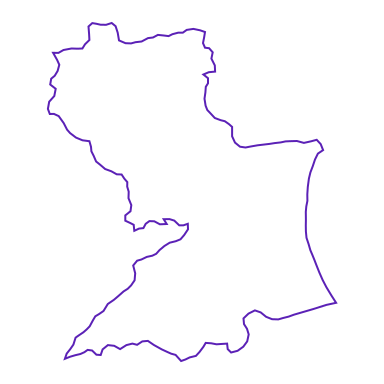 outline of Tijucas, Santa Catarina, Brazil
{"feature_id": "56859067B7676071036487", "entity_name": "Tijucas", "entity_type": "district", "adm_level": 2, "iso_a3": "BRA", "parent_name": "Brazil", "parent_adm1": "Santa Catarina", "projection": "orthographic", "projection_center": [-48.711, -27.244], "detail": "fine", "context": "isolated", "style": "outline", "palette": "violet", "viewbox_px": 384, "rotation_deg": 0, "n_neighbors": 0, "source": "geoboundaries", "source_scale": "gbopen_adm2", "svg_char_len": 2896}
<svg xmlns="http://www.w3.org/2000/svg" viewBox="0 0 384 384"><path d="M288.7,316.6L293.9,314.7L313.1,309.1L326.4,304.9L336.1,302.8L331.6,295.8L326.4,287.2L322.6,279.9L319.3,272.4L316.4,265.1L314.4,259.9L312.2,254.5L310.4,250.3L308.6,244.1L306.5,237.8L305.9,231.5L305.8,225.5L305.9,219.8L305.8,211.8L306.3,206.4L307.4,200.9L307.3,194.4L307.8,186.9L308.9,178.6L310.4,172.4L312.8,166.1L315.0,159.5L317.9,153.6L323.1,150.1L320.7,144.1L316.7,139.8L311.1,141.3L303.9,142.9L296.9,141.0L289.8,141.2L285.5,141.4L280.8,142.4L274.6,143.1L269.5,143.9L264.4,144.5L257.6,145.3L250.7,146.5L245.5,147.5L240.0,146.7L235.0,142.6L232.1,136.3L232.1,126.9L228.8,124.0L224.8,121.2L220.7,120.2L214.8,118.0L211.0,113.9L207.3,110.0L205.6,105.7L204.5,98.7L205.4,92.4L205.8,86.8L208.0,83.3L208.0,78.2L203.4,74.5L208.8,72.2L215.1,71.6L214.8,65.4L211.4,58.6L212.7,52.3L209.1,48.2L205.0,47.7L203.0,43.1L204.1,37.5L205.0,32.0L200.1,30.3L193.4,28.9L186.7,29.9L182.8,32.7L178.1,32.7L172.4,34.2L168.6,36.1L163.8,35.5L157.9,34.9L153.0,37.5L148.0,38.1L141.6,41.5L135.5,42.2L131.1,43.4L125.5,43.2L119.0,40.4L117.7,32.7L115.6,26.2L111.7,23.0L106.1,24.8L100.5,24.7L96.5,23.8L92.3,23.1L88.5,26.5L89.1,34.2L89.4,40.0L85.0,44.3L82.4,48.5L77.6,48.7L71.5,48.5L63.5,50.0L58.4,52.9L53.1,52.8L57.1,59.9L59.3,64.8L57.6,71.0L54.7,75.8L51.2,78.7L50.2,84.5L55.7,88.8L54.3,96.0L49.2,101.7L47.9,108.9L49.8,114.0L53.9,113.9L58.7,116.1L63.7,123.1L67.1,129.7L70.1,133.1L76.0,137.6L82.5,140.3L89.4,141.2L91.0,146.8L91.4,151.3L93.7,155.9L96.1,161.5L100.0,164.6L105.1,169.0L111.4,171.3L116.7,174.3L121.6,174.5L124.3,178.6L127.3,182.1L127.2,186.6L128.7,191.7L128.5,198.2L131.3,205.1L130.5,211.2L125.3,215.4L125.3,220.7L130.2,223.0L133.7,224.8L134.3,230.8L139.0,228.6L143.4,228.1L145.7,223.8L149.4,221.1L154.3,221.3L159.9,224.3L166.7,224.0L163.7,219.2L169.5,219.1L174.3,220.6L179.2,225.3L183.5,225.3L187.8,223.8L188.0,229.3L184.2,235.0L180.5,239.3L175.8,241.2L169.7,242.7L164.4,246.0L159.5,250.1L156.2,253.8L152.3,255.7L146.8,256.9L141.4,259.5L137.1,260.7L133.2,265.5L135.2,273.3L134.6,280.3L131.1,285.4L127.7,288.8L123.6,291.4L118.4,296.0L113.8,299.9L107.8,304.0L103.5,311.0L99.0,314.1L95.3,316.3L93.0,320.2L89.7,326.3L86.7,329.4L83.5,332.2L79.2,335.1L75.6,337.6L73.4,344.6L70.2,349.2L66.7,353.6L64.9,358.8L70.2,356.7L75.3,355.2L80.4,354.0L84.4,352.2L87.6,349.9L92.1,350.5L96.4,354.7L100.7,355.0L102.6,349.4L107.9,345.1L114.2,345.8L120.1,349.1L126.4,345.1L132.4,343.6L137.1,344.8L142.3,341.4L147.9,340.9L153.9,345.0L161.8,349.4L167.4,352.0L171.2,353.7L175.6,354.9L181.1,361.0L185.4,359.5L189.7,357.4L195.9,355.9L199.5,352.0L203.4,346.8L205.7,342.9L211.3,343.3L216.5,344.3L220.9,344.0L227.1,343.6L227.7,349.1L231.1,352.5L237.6,350.8L243.3,346.7L247.2,341.4L248.7,334.4L247.0,328.8L244.0,324.1L243.5,318.4L248.5,313.6L254.9,310.4L260.7,312.4L266.1,316.8L272.1,319.2L278.3,319.4L283.1,318.0L288.7,316.6Z" fill="none" stroke="#5b21b6" stroke-width="2"/></svg>